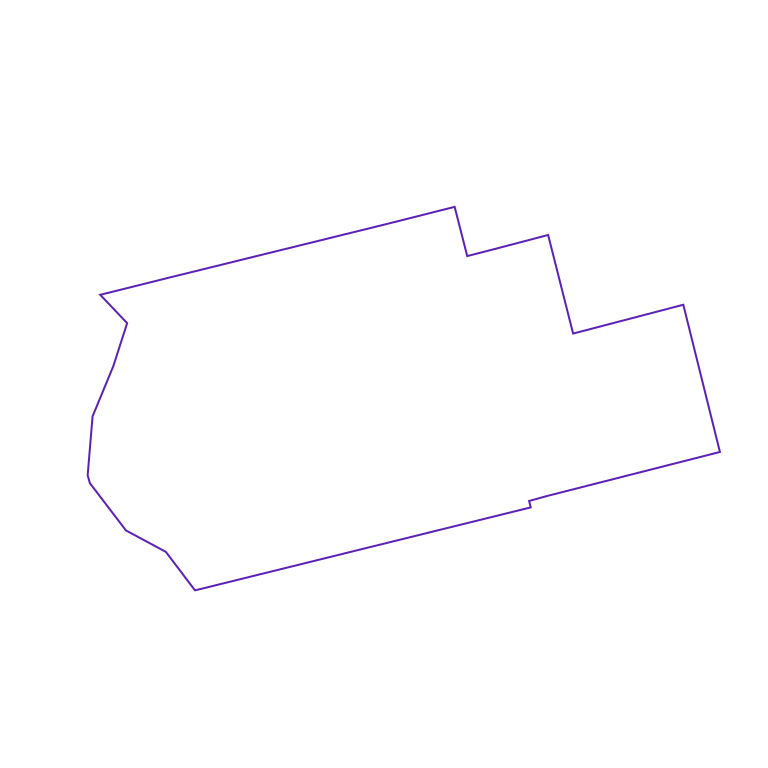 Jasper, Indiana, United States of America, rotated 256°
{"feature_id": "52423323B69919986671378", "entity_name": "Jasper", "entity_type": "district", "adm_level": 2, "iso_a3": "USA", "parent_name": "United States of America", "parent_adm1": "Indiana", "projection": "natural_earth1", "projection_center": [-87.091, 41.011], "detail": "fine", "context": "isolated", "style": "outline", "palette": "violet", "viewbox_px": 768, "rotation_deg": 256, "n_neighbors": 0, "source": "geoboundaries", "source_scale": "gbopen_adm2", "svg_char_len": 438}
<svg xmlns="http://www.w3.org/2000/svg" viewBox="0 0 768 768"><g transform="rotate(256 384 384)"><path d="M539.2,130.2L505.2,149.5L466.7,125.6L423.1,93.4L367.2,74.4L359.0,74.6L304.3,98.2L280.6,124.3L273.9,131.7L229.5,150.7L228.8,496.5L235.4,496.5L235.9,515.3L236.8,693.5L388.5,693.6L387.2,579.7L488.9,579.3L488.1,513.7L488.0,495.7L538.8,495.4L538.6,422.4L539.2,202.8L539.2,130.2Z" fill="none" stroke="#5b21b6" stroke-width="2"/></g></svg>